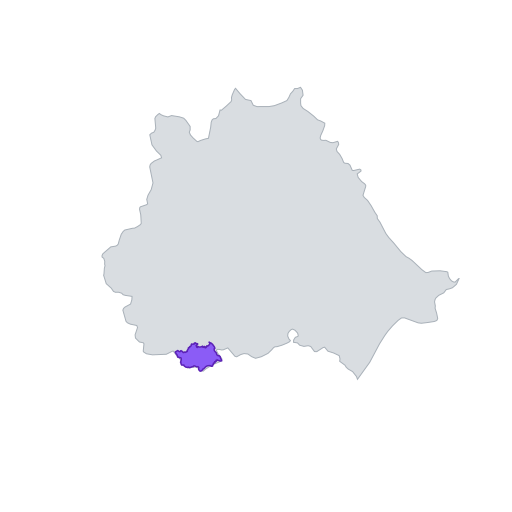 Braslaw, Vitebsk, Belarus shown in context, rotated 227°
{"feature_id": "67162791B18102707107362", "entity_name": "Braslaw", "entity_type": "district", "adm_level": 2, "iso_a3": "BLR", "parent_name": "Belarus", "parent_adm1": "Vitebsk", "projection": "mercator", "projection_center": [27.102, 55.56], "detail": "fine", "context": "in_parent", "style": "filled", "palette": "violet", "viewbox_px": 512, "rotation_deg": 227, "n_neighbors": 0, "source": "geoboundaries", "source_scale": "gbopen_adm2", "svg_char_len": 7707}
<svg xmlns="http://www.w3.org/2000/svg" viewBox="0 0 512 512"><g transform="rotate(227 256 256)"><path d="M392.6,355.4L385.8,355.0L377.7,355.1L373.1,358.3L368.1,356.8L364.6,358.6L356.5,367.3L353.4,372.0L350.4,379.2L348.6,384.6L349.6,388.3L351.1,391.8L351.4,395.5L352.1,398.4L350.2,400.5L349.0,403.6L345.6,403.0L341.5,400.1L340.6,395.9L337.4,392.9L335.3,391.4L331.8,391.1L326.3,392.5L319.0,393.6L313.6,393.9L310.6,395.4L306.2,396.9L304.5,395.1L302.0,390.3L300.0,385.5L298.6,383.4L297.4,382.8L296.0,382.9L294.3,384.4L293.0,386.0L288.4,387.8L286.4,389.5L284.2,393.9L282.7,393.6L281.2,392.6L279.5,387.7L277.1,386.5L273.2,386.5L268.5,385.4L264.6,383.9L263.2,384.3L260.9,386.4L258.4,386.7L253.0,384.8L251.9,385.7L248.8,391.1L247.3,391.4L246.5,390.7L247.0,386.0L243.8,384.3L238.5,384.0L234.7,384.7L232.9,384.5L232.0,383.6L227.4,375.6L225.0,375.1L220.6,375.5L214.2,374.5L206.8,372.7L202.8,372.1L200.7,370.3L196.1,369.7L183.9,366.3L178.9,365.7L171.6,365.6L160.4,364.9L153.2,365.3L149.9,366.4L146.0,367.1L132.8,368.0L128.0,368.9L126.6,370.6L125.1,374.3L119.6,380.6L114.3,384.9L113.3,385.2L110.2,383.0L107.6,382.2L104.6,382.0L102.4,382.7L101.1,383.8L101.3,388.7L101.0,389.1L98.6,383.3L98.8,378.0L100.1,375.0L101.7,372.3L101.0,368.2L102.6,362.8L102.6,358.9L102.0,357.2L100.7,355.3L97.2,353.1L95.7,351.4L91.0,349.1L86.4,346.3L85.6,344.6L85.8,343.4L86.6,341.6L90.2,336.3L94.0,331.1L96.5,329.0L109.5,322.4L111.5,320.1L112.0,316.1L111.8,308.2L111.0,300.9L110.0,295.9L107.5,286.4L100.7,266.7L96.6,246.1L99.3,247.3L105.6,247.8L110.5,246.3L113.1,246.1L115.4,246.6L121.9,245.4L123.5,247.3L126.4,248.9L132.2,246.6L137.3,243.7L142.5,244.0L143.3,242.5L144.6,235.2L146.2,233.6L152.5,234.3L154.8,233.0L157.2,229.4L161.0,227.1L164.1,227.1L167.3,224.6L168.9,226.3L169.7,229.3L168.6,231.8L169.1,232.7L171.3,233.9L175.1,233.9L177.6,232.9L178.2,231.5L178.2,228.9L177.6,226.6L175.9,224.6L172.9,223.5L170.7,223.5L170.4,222.2L171.1,219.4L173.0,214.3L175.3,209.6L176.7,207.9L177.0,206.3L176.7,203.5L176.6,198.4L178.7,191.2L181.5,185.9L185.3,184.2L189.9,183.2L192.8,180.7L194.3,177.7L195.5,173.1L197.0,172.2L208.0,172.7L209.7,168.1L210.7,166.8L212.8,165.4L214.3,163.8L213.7,162.5L210.9,161.7L204.3,161.0L202.9,159.4L203.3,157.6L205.1,152.8L206.8,146.6L207.7,141.8L207.8,138.9L208.7,138.2L214.2,137.2L216.0,136.3L220.6,129.7L224.2,128.6L233.4,130.3L237.6,130.1L242.9,130.6L243.4,129.9L245.3,123.4L254.3,112.9L259.2,109.2L262.3,108.4L263.3,108.6L268.2,114.2L269.4,114.4L272.6,112.1L278.2,111.9L280.8,113.8L284.5,120.6L286.5,121.4L291.9,117.6L294.9,116.4L296.9,116.4L307.2,121.7L308.0,123.4L308.0,125.4L306.4,131.5L308.6,135.3L311.0,137.8L316.3,133.6L318.3,132.4L320.4,132.4L323.2,130.8L325.3,128.5L327.3,127.6L331.1,128.2L337.9,127.6L345.8,131.4L346.5,132.5L350.5,136.8L351.9,139.0L353.2,139.7L355.3,141.8L358.2,143.1L360.1,142.7L361.1,143.4L362.0,145.1L362.0,147.9L361.7,156.0L358.9,160.2L358.5,161.7L358.7,163.4L360.9,166.9L363.8,172.3L364.5,175.4L364.5,177.7L360.5,184.6L359.2,186.2L358.3,189.5L357.8,192.9L358.1,194.3L364.7,199.8L369.6,202.7L370.7,204.1L370.8,205.0L368.2,210.8L368.0,212.3L371.9,214.7L374.1,218.5L376.0,224.6L379.7,230.5L393.6,239.0L394.8,240.6L395.2,242.4L394.8,246.4L392.2,253.9L394.6,255.1L400.7,254.8L408.2,255.7L417.1,261.0L417.1,263.4L416.2,265.6L416.8,267.9L417.8,269.8L425.5,275.8L426.3,277.5L426.4,280.4L426.2,282.5L424.1,282.9L421.7,283.9L417.8,286.4L416.3,290.0L410.0,294.9L406.1,297.1L403.0,297.2L395.7,296.2L393.1,293.8L392.0,291.6L389.2,290.6L385.4,290.5L380.2,290.9L379.2,291.5L378.3,294.3L376.1,298.9L374.5,301.5L381.1,310.7L384.4,314.5L385.5,316.8L385.4,318.4L383.9,320.4L384.1,324.2L387.3,329.3L386.2,330.1L385.9,336.4L385.9,343.1L386.8,344.7L388.5,346.0L390.0,348.4L392.4,353.9L392.6,355.4Z" fill="#d9dde1" stroke="#a8b0b8" stroke-width="1"/><path d="M240.8,131.5L240.1,131.2L239.0,130.9L238.0,130.9L237.1,130.6L236.3,130.2L235.5,129.8L234.7,130.5L234.0,130.5L233.5,131.0L232.9,131.6L231.9,131.3L231.3,130.8L230.7,130.0L230.3,129.4L229.8,128.4L228.8,128.2L228.6,127.8L227.6,127.4L226.9,127.3L226.3,127.9L225.5,128.8L225.0,128.6L224.2,128.5L223.3,128.8L222.9,128.8L221.9,129.4L221.2,130.1L220.6,131.0L219.9,131.1L219.5,131.5L219.0,132.5L218.8,133.3L218.4,134.1L217.9,134.7L218.0,135.6L217.5,136.2L216.5,136.5L215.5,137.0L215.1,137.5L214.6,138.1L213.8,138.1L213.2,137.9L212.9,137.3L212.1,136.7L211.2,136.5L210.2,136.5L209.4,137.1L209.2,138.3L209.2,139.4L209.5,140.1L209.2,140.7L209.2,141.8L209.3,143.4L209.2,144.4L208.8,145.6L208.4,146.2L207.9,146.8L207.6,147.2L207.1,147.7L206.4,147.9L205.8,148.2L205.3,148.7L205.2,149.2L205.8,149.6L205.7,150.0L205.7,150.6L206.0,150.9L206.4,151.5L206.6,151.9L206.1,152.4L206.0,152.8L206.2,153.4L206.7,153.7L206.2,154.1L206.3,154.7L206.7,155.3L206.2,155.4L206.3,156.1L206.6,156.7L206.0,156.9L205.2,157.3L204.6,157.8L203.8,158.0L203.3,158.6L202.8,159.4L203.3,159.9L204.2,160.1L205.1,160.3L205.9,160.6L206.7,161.1L207.5,161.1L208.3,161.0L208.9,160.3L209.5,160.2L210.6,160.0L211.1,160.3L212.2,160.9L212.8,160.9L214.2,160.9L215.2,161.0L215.9,161.5L216.6,162.0L216.6,163.0L217.2,163.3L217.7,163.5L218.2,163.6L218.7,163.7L219.0,163.7L219.6,163.8L220.4,163.9L220.9,164.0L221.1,164.0L221.5,164.0L221.8,163.9L222.1,163.8L222.5,163.8L222.8,163.8L223.1,163.7L223.4,163.6L223.6,163.4L224.0,163.2L224.3,163.1L224.7,163.1L224.9,163.0L224.9,162.9L224.6,162.8L224.2,162.8L223.9,162.7L223.6,162.7L223.4,162.6L223.3,162.4L223.2,162.1L223.1,161.7L223.0,161.3L223.0,160.9L223.0,160.3L223.0,160.0L223.0,159.6L223.1,159.3L223.2,159.2L223.4,159.1L223.6,159.0L223.7,158.9L223.8,158.6L223.6,158.4L223.4,158.2L223.3,157.8L223.5,157.7L223.6,157.4L223.5,157.2L223.3,157.1L223.2,157.0L223.2,156.8L223.3,156.6L223.4,156.4L223.5,156.3L223.7,156.2L223.9,156.2L224.0,156.2L224.0,156.3L224.0,156.6L224.3,156.8L224.5,156.8L224.8,156.7L225.0,156.6L225.1,156.3L225.1,156.0L225.1,155.9L225.1,155.7L225.1,155.3L225.2,155.2L225.4,155.1L225.5,155.0L225.8,155.2L226.1,155.2L226.2,155.3L226.3,155.4L226.5,155.4L226.6,155.1L226.7,154.8L226.7,154.6L226.8,154.2L227.0,154.0L227.1,153.7L227.4,153.3L227.6,153.0L227.7,152.9L227.9,152.6L228.0,152.5L228.2,152.3L228.4,152.2L228.6,152.1L228.9,152.1L229.0,152.0L229.3,151.9L229.4,151.7L229.5,151.6L229.5,151.4L229.4,151.2L229.2,151.1L229.2,150.8L229.2,150.6L229.4,150.5L229.5,150.5L229.9,150.6L230.0,150.6L230.3,150.8L230.5,150.9L231.0,151.0L231.3,151.1L231.4,151.3L231.4,151.5L231.3,151.8L231.2,152.0L231.2,152.6L231.2,152.8L231.3,153.0L231.4,153.3L231.6,153.4L231.8,153.4L232.0,153.2L232.3,152.8L232.6,152.7L233.1,152.5L233.5,152.5L233.8,152.4L234.0,152.3L234.1,152.2L233.9,151.9L233.8,151.6L233.8,151.4L234.1,151.3L234.2,151.2L234.0,150.9L233.9,150.6L234.0,150.4L234.1,150.2L234.4,150.1L234.6,149.8L234.7,149.6L234.9,149.4L235.0,149.1L235.1,148.9L235.2,148.7L235.3,148.6L235.5,148.6L235.4,148.3L235.1,148.0L234.8,147.6L234.6,147.3L234.6,147.0L234.6,146.7L234.8,146.3L234.9,145.8L234.6,145.6L234.5,145.3L234.5,145.0L234.5,144.8L234.7,144.6L234.9,144.4L234.9,144.2L234.9,143.9L234.7,143.7L234.4,143.4L234.2,142.7L234.1,142.3L233.9,141.9L233.9,141.7L233.8,141.2L233.6,140.9L233.4,140.9L233.2,140.8L233.1,140.5L233.2,140.4L233.4,140.0L233.4,139.8L233.5,139.5L233.5,139.1L233.5,138.9L233.6,138.7L233.8,138.6L234.1,138.6L234.3,138.5L234.5,138.3L234.5,138.1L234.6,137.7L234.6,137.4L234.8,137.1L235.0,137.0L235.2,136.9L235.5,136.9L235.8,137.0L236.0,137.1L236.3,137.1L236.7,136.9L236.9,136.8L237.2,136.8L237.5,136.7L237.9,136.6L238.0,136.4L238.0,136.2L237.9,136.0L237.8,135.8L237.8,135.6L237.8,135.4L237.9,135.1L238.1,135.0L238.3,134.8L238.5,134.7L238.8,134.6L239.0,134.5L239.3,134.4L239.6,134.4L239.9,134.4L240.2,134.3L240.4,134.0L240.4,133.8L240.4,133.4L240.5,133.1L240.5,132.8L240.7,132.3L240.8,131.9L240.8,131.5Z" fill="#8b5cf6" stroke="#5b21b6" stroke-width="1.5"/></g></svg>